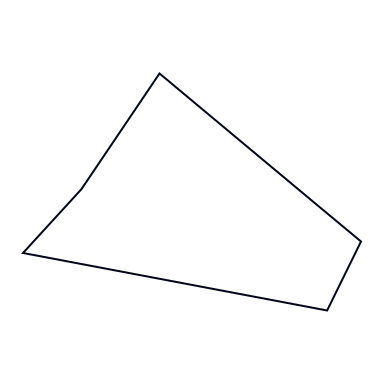 map outline of The Valley (orthographic projection)
{"feature_id": "AIA-5126", "entity_name": "The Valley", "entity_type": "District", "adm_level": 1, "iso_a3": "AIA", "parent_name": "Anguilla", "parent_adm1": "", "projection": "orthographic", "projection_center": [-63.059, 18.236], "detail": "fine", "context": "isolated", "style": "outline", "palette": "ink", "viewbox_px": 384, "rotation_deg": 0, "n_neighbors": 0, "source": "natural_earth", "source_scale": "10m", "svg_char_len": 207}
<svg xmlns="http://www.w3.org/2000/svg" viewBox="0 0 384 384"><path d="M23.0,253.0L81.4,189.2L159.5,73.5L313.6,202.1L361.0,241.5L327.1,310.5L23.0,253.0Z" fill="none" stroke="#020617" stroke-width="2"/></svg>